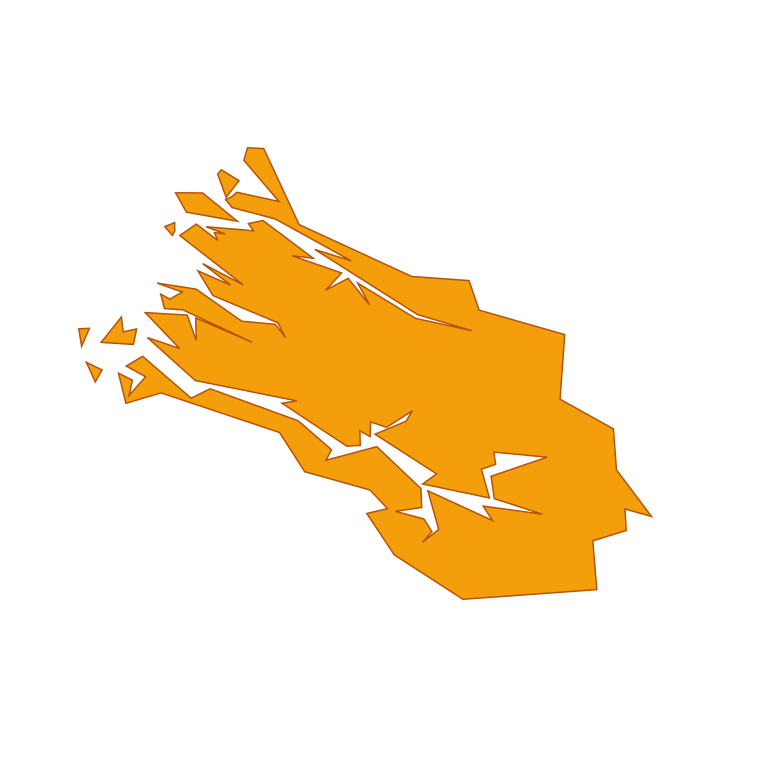 outline of Sogn og Fjordane, rotated 26°
{"feature_id": "NOR-915", "entity_name": "Sogn og Fjordane", "entity_type": "County", "adm_level": 1, "iso_a3": "NOR", "parent_name": "Norway", "parent_adm1": "", "projection": "robinson", "projection_center": [5.843, 61.458], "detail": "medium", "context": "isolated", "style": "filled", "palette": "amber", "viewbox_px": 768, "rotation_deg": 26, "n_neighbors": 0, "source": "natural_earth", "source_scale": "10m", "svg_char_len": 1960}
<svg xmlns="http://www.w3.org/2000/svg" viewBox="0 0 768 768"><g transform="rotate(26 384 384)"><path d="M160.5,514.5L140.6,490.7L156.2,490.9L159.9,506.0L166.5,482.0L144.4,480.9L154.9,464.9L216.9,481.3L229.8,464.5L323.1,454.7L365.7,466.1L365.2,478.0L405.0,443.5L463.1,461.8L472.0,478.5L449.9,493.5L478.9,487.8L491.8,495.7L488.0,509.4L496.9,490.7L470.3,460.8L541.3,459.1L526.7,450.3L583.3,431.6L533.4,438.7L520.7,420.0L562.6,378.3L512.6,397.1L519.5,407.2L508.9,417.9L528.7,440.2L462.6,456.9L470.7,441.7L397.9,433.1L420.1,407.9L421.2,395.7L405.3,421.8L388.6,424.0L394.6,437.4L382.8,436.7L389.6,449.5L377.9,456.2L300.7,446.0L313.0,437.4L212.9,463.6L151.0,446.0L184.7,441.7L138.1,424.5L176.9,408.3L196.2,427.3L185.8,407.2L247.2,404.3L170.9,405.5L153.6,412.4L143.9,401.1L154.3,401.6L162.4,389.8L135.7,392.8L173.6,381.1L228.6,389.9L260.2,378.0L275.1,385.5L261.8,375.5L191.5,379.5L167.2,363.9L202.6,362.4L168.2,355.3L213.8,356.6L135.4,340.1L145.2,322.5L171.8,327.9L165.1,322.3L175.5,318.7L155.1,320.7L199.5,303.5L191.8,299.2L203.6,290.1L265.2,302.0L245.1,309.1L297.2,302.8L290.5,325.1L305.5,304.8L336.2,319.2L316.2,304.8L383.6,311.2L439.4,297.6L384.0,306.9L262.9,293.4L300.5,287.7L214.0,283.3L170.1,292.0L160.8,287.7L165.3,282.0L167.6,276.2L209.7,266.0L160.0,244.4L157.8,231.5L172.7,225.1L237.8,277.9L361.8,275.2L415.1,253.8L437.1,275.9L524.8,260.4L548.9,320.5L609.9,323.8L630.5,359.2L682.5,385.8L655.4,390.7L665.9,409.5L640.4,433.4L665.4,475.5L549.3,542.9L468.3,533.1L425.3,507.9L441.8,494.5L417.9,485.4L351.2,497.6L311.4,473.4L187.5,489.7L160.5,514.5ZM112.9,303.5L137.2,291.8L180.9,302.0L131.1,316.2L112.9,303.5ZM137.5,443.0L141.4,458.3L111.5,470.6L118.6,438.9L126.7,451.5L137.5,443.0ZM164.5,264.8L160.3,285.4L142.4,268.2L143.9,262.8L164.5,264.8ZM94.8,463.1L95.7,482.7L85.5,468.2L94.8,463.1ZM124.4,495.0L123.6,508.7L107.0,495.0L124.4,495.0ZM118.0,338.6L125.1,330.7L128.9,338.2L128.7,343.2L118.0,338.6Z" fill="#f59e0b" stroke="#b45309" stroke-width="1.5"/></g></svg>